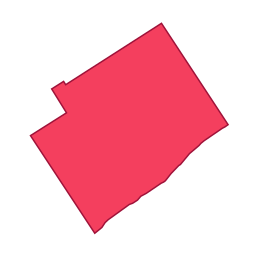 Sanilac, Michigan, United States of America, rotated 59°
{"feature_id": "52423323B29368919737567", "entity_name": "Sanilac", "entity_type": "district", "adm_level": 2, "iso_a3": "USA", "parent_name": "United States of America", "parent_adm1": "Michigan", "projection": "mercator", "projection_center": [-82.674, 43.422], "detail": "fine", "context": "isolated", "style": "filled", "palette": "rose", "viewbox_px": 256, "rotation_deg": 59, "n_neighbors": 0, "source": "geoboundaries", "source_scale": "gbopen_adm2", "svg_char_len": 515}
<svg xmlns="http://www.w3.org/2000/svg" viewBox="0 0 256 256"><g transform="rotate(59 128 128)"><path d="M84.3,215.5L191.2,211.1L201.1,210.7L199.8,201.6L197.3,196.4L196.4,192.3L194.2,166.2L194.9,162.7L194.7,157.0L193.1,152.2L193.4,145.9L192.4,128.2L192.7,125.2L192.5,123.2L189.2,114.5L186.3,103.8L186.3,101.9L181.6,88.5L179.6,76.2L178.7,73.4L178.1,69.2L176.8,47.4L177.0,44.3L176.7,40.5L55.5,45.4L58.8,159.1L54.9,159.2L55.2,173.3L83.3,172.9L84.3,215.5Z" fill="#f43f5e" stroke="#9f1239" stroke-width="1.5"/></g></svg>